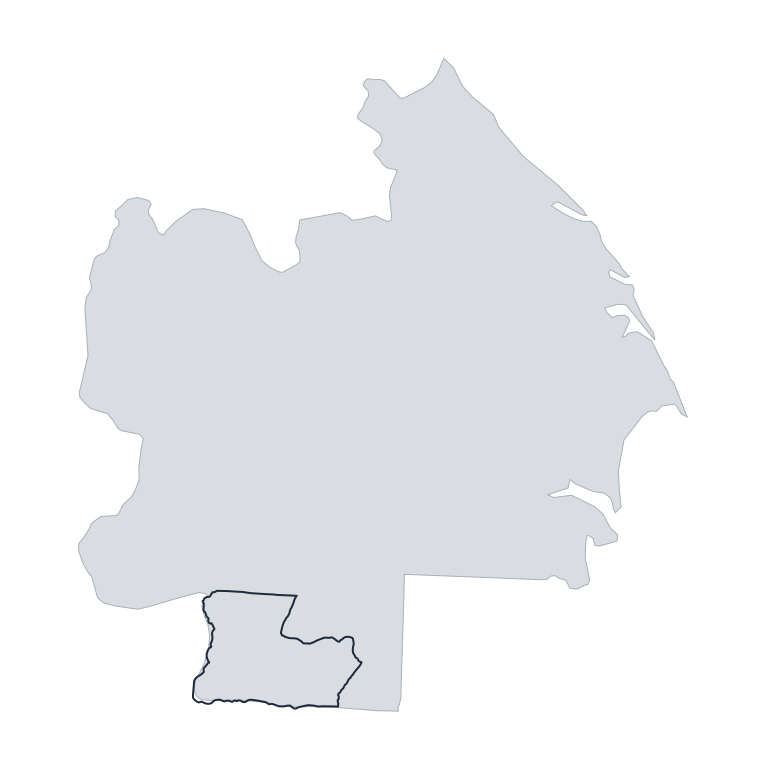 location of Haut-Ntem, Wouleu-Ntem, Gabon, rotated 182°
{"feature_id": "22940354B67631152101375", "entity_name": "Haut-Ntem", "entity_type": "district", "adm_level": 2, "iso_a3": "GAB", "parent_name": "Gabon", "parent_adm1": "Wouleu-Ntem", "projection": "orthographic", "projection_center": [12.589, 1.764], "detail": "fine", "context": "in_parent", "style": "outline", "palette": "slate", "viewbox_px": 768, "rotation_deg": 182, "n_neighbors": 0, "source": "geoboundaries", "source_scale": "gbopen_adm2", "svg_char_len": 7652}
<svg xmlns="http://www.w3.org/2000/svg" viewBox="0 0 768 768"><g transform="rotate(182 384 384)"><path d="M563.1,72.1L562.6,79.5L554.3,97.5L550.3,111.4L549.4,126.2L551.7,138.1L555.7,146.6L558.3,155.9L556.3,162.3L552.3,165.1L555.0,168.3L561.1,169.1L571.4,166.3L587.4,161.3L608.2,154.2L621.9,150.3L644.5,152.7L656.6,155.4L662.8,160.4L669.5,181.7L672.8,184.9L678.3,193.9L682.8,204.8L683.8,210.3L683.3,214.3L678.7,220.1L673.6,228.8L671.7,234.0L667.4,237.9L661.9,241.7L646.8,243.3L644.5,245.5L640.3,254.7L632.3,262.5L628.7,269.9L625.4,279.7L626.1,291.9L624.5,309.4L622.8,321.2L626.9,325.3L644.9,328.2L648.4,330.6L653.2,337.9L659.4,344.8L675.9,349.1L682.3,354.4L687.5,360.1L688.2,364.9L684.4,383.9L680.8,402.1L682.2,416.0L683.6,429.2L685.5,448.5L684.6,460.3L680.0,467.5L680.0,473.1L682.1,479.9L677.9,498.7L675.3,501.9L667.9,505.4L664.0,510.4L662.7,518.3L658.7,529.2L654.6,533.1L654.6,538.2L658.6,541.9L658.5,547.5L651.1,554.2L646.7,559.3L636.8,561.8L625.6,559.2L622.9,555.5L625.6,549.7L624.7,545.0L620.8,540.1L614.8,527.5L609.5,524.9L606.5,530.0L597.3,539.6L581.1,551.9L569.8,552.9L548.9,549.1L531.4,543.3L523.1,528.9L517.9,517.0L510.5,503.2L502.1,496.6L493.1,492.4L489.1,492.1L476.3,499.8L472.4,502.9L472.4,509.3L473.6,515.3L475.6,518.2L477.3,522.1L477.0,528.1L474.7,536.2L473.9,545.0L433.7,553.7L426.7,550.6L421.7,546.6L415.6,547.3L398.2,551.8L391.7,548.6L385.4,546.3L382.5,548.2L382.2,552.0L385.2,572.9L384.3,580.8L380.3,591.2L378.3,598.2L389.0,600.2L392.8,603.5L396.6,608.7L401.7,613.6L402.1,616.6L396.2,622.0L394.2,628.7L397.0,634.0L404.3,639.4L414.9,645.1L420.0,648.8L419.5,652.2L414.7,659.5L412.8,665.6L409.4,671.2L410.1,676.3L414.9,681.0L414.4,685.3L411.1,688.5L404.5,687.8L399.0,688.3L394.0,687.0L378.3,670.5L374.9,670.0L352.2,682.7L346.5,687.9L341.8,695.3L335.6,711.5L325.3,702.1L316.3,684.8L305.9,674.2L284.0,657.1L278.2,644.5L253.1,616.6L217.2,588.8L191.2,564.6L187.2,559.3L191.6,559.9L216.7,572.0L220.1,570.6L223.0,568.0L212.2,561.6L201.8,556.6L192.1,553.5L182.4,553.8L177.0,548.7L173.4,540.9L171.6,534.3L167.3,527.3L153.5,513.0L150.2,507.4L142.6,499.8L147.2,498.9L162.0,506.1L163.3,503.2L162.0,499.0L147.2,492.1L139.1,491.6L137.2,486.8L138.3,481.2L127.7,460.3L116.7,444.7L114.9,437.3L144.7,471.3L148.6,471.9L153.9,471.6L166.2,467.8L163.8,463.3L158.3,458.4L152.9,460.6L145.9,461.1L142.2,459.0L140.6,455.5L147.6,439.0L144.5,439.9L142.3,442.8L138.5,444.2L132.5,445.1L117.9,436.2L105.0,412.3L101.5,407.4L98.1,399.1L94.7,395.6L79.8,361.7L85.5,364.2L92.2,374.0L105.4,372.0L110.5,366.3L115.0,366.5L119.6,365.2L125.4,359.9L142.2,336.5L146.7,305.7L145.2,287.3L142.8,269.2L148.3,263.4L150.5,267.2L151.6,273.7L154.2,278.4L160.2,282.7L171.4,283.9L188.7,290.7L194.8,295.0L196.5,286.4L216.4,279.1L210.4,276.5L192.7,279.3L168.5,268.4L160.5,261.5L153.0,248.3L145.2,241.4L145.7,235.2L163.1,229.5L167.7,230.2L169.6,237.0L174.2,239.8L176.0,238.9L176.8,233.1L176.9,217.5L171.6,195.2L173.2,190.9L178.0,189.3L182.2,186.4L185.2,185.8L191.1,186.4L194.0,191.6L195.6,194.4L201.6,195.7L206.4,198.5L210.6,197.8L214.1,194.6L219.3,193.9L235.1,194.0L249.5,194.0L278.1,194.2L306.7,194.3L335.3,194.4L356.9,194.5L356.8,181.7L356.7,162.0L356.6,138.8L356.5,116.5L356.4,95.8L356.2,71.4L357.4,64.4L358.8,61.5L358.3,57.5L380.5,57.3L420.6,59.1L438.1,58.8L443.1,59.2L465.0,57.9L482.7,59.5L490.2,61.2L497.0,62.1L518.2,63.1L546.0,61.8L555.4,62.1L560.6,65.5L563.1,72.1Z" fill="#d9dde1" stroke="#a8b0b8" stroke-width="1"/><path d="M396.8,105.0L397.1,105.2L397.8,105.5L398.8,105.8L399.4,106.2L400.0,106.9L400.3,107.6L400.4,108.0L401.1,108.8L401.7,109.1L402.8,109.7L403.4,110.8L403.9,111.8L404.5,112.7L405.1,113.5L405.6,114.8L405.9,116.3L405.9,117.9L405.9,119.3L405.7,120.7L405.4,121.8L405.2,123.1L405.3,124.2L405.6,126.0L406.0,127.4L406.3,128.5L406.7,129.0L407.8,129.5L408.6,129.7L410.2,130.1L411.6,130.1L413.6,129.8L415.1,129.1L416.0,128.3L416.8,127.4L418.2,126.6L418.8,126.1L419.2,125.4L419.6,125.0L420.1,124.9L421.2,125.1L422.1,125.8L423.4,126.6L424.5,127.5L425.7,128.2L426.5,128.7L427.2,128.9L428.2,128.9L429.3,128.5L431.1,128.4L434.0,128.5L436.1,128.0L437.2,127.3L438.7,126.8L440.6,126.0L442.5,125.1L444.5,123.9L445.8,123.3L447.0,122.7L448.6,122.1L449.6,121.9L450.4,122.0L451.5,122.1L452.5,122.0L454.4,122.0L455.6,122.1L456.4,122.7L457.2,123.7L458.8,124.6L460.4,125.6L461.6,126.3L463.5,126.6L465.7,126.7L468.2,126.7L470.3,126.8L471.3,127.2L472.7,127.5L474.3,127.9L474.9,128.6L475.5,128.9L476.3,129.0L477.0,129.1L477.7,130.3L478.3,131.8L478.0,133.8L477.5,136.2L477.0,138.5L476.6,140.2L475.7,142.5L474.3,145.2L473.2,147.2L472.2,148.2L471.5,149.4L471.2,150.2L470.5,151.8L470.3,153.2L469.8,154.7L469.4,156.2L468.5,157.5L467.9,159.1L467.2,161.1L466.5,163.4L465.9,165.6L464.1,169.2L470.0,169.4L477.1,169.4L483.8,169.5L486.8,169.8L494.7,169.9L509.9,170.3L514.2,170.8L518.5,171.3L524.1,171.3L533.0,171.6L541.8,171.5L543.9,171.5L544.8,170.8L546.0,170.1L548.1,169.8L548.1,169.7L548.7,168.9L549.3,168.1L549.7,167.3L550.0,166.4L550.5,165.7L551.2,165.3L552.3,165.1L553.4,164.9L554.7,164.4L555.4,164.1L556.0,163.4L556.4,162.4L556.7,161.7L557.6,160.9L557.5,160.1L557.2,159.7L556.5,158.6L556.4,157.5L556.4,155.4L556.5,153.7L556.5,151.8L556.0,150.6L555.1,150.0L554.6,149.2L554.1,148.1L553.6,146.6L553.2,145.4L552.7,144.9L551.8,144.3L551.1,143.5L551.3,142.4L551.4,141.2L551.2,140.3L550.7,139.4L549.8,138.7L549.1,138.5L548.5,138.9L547.9,138.7L547.6,138.2L547.2,137.6L546.7,136.8L546.2,135.8L545.7,134.8L545.2,133.8L545.0,133.3L545.3,132.6L545.8,132.1L546.5,131.2L546.9,130.2L547.1,129.4L547.1,128.6L547.0,127.4L546.8,126.7L546.7,125.7L546.6,124.7L546.6,123.8L546.7,122.7L546.9,121.6L547.3,120.4L547.6,119.8L547.9,119.3L548.0,118.7L548.1,118.1L548.1,117.2L547.9,116.3L547.5,115.6L547.8,114.9L549.0,114.3L549.8,113.4L550.6,112.0L551.2,110.3L551.6,109.0L551.8,107.2L551.8,105.8L551.5,104.8L551.1,103.3L550.5,102.1L549.9,100.8L549.1,100.0L549.1,99.4L549.9,99.2L550.4,98.6L551.4,97.2L552.7,95.4L553.6,94.5L554.1,93.7L554.4,92.8L554.4,92.1L554.2,91.1L554.0,90.3L554.1,89.8L554.6,89.3L555.6,88.3L556.7,87.3L558.1,86.3L559.6,85.4L560.7,84.6L562.1,83.1L563.1,81.3L563.4,79.7L563.6,75.6L563.9,69.4L564.0,67.3L564.0,64.6L563.7,63.5L563.3,62.9L562.5,62.1L561.4,61.0L559.7,60.0L558.7,59.5L558.0,59.3L556.8,59.7L556.0,60.0L555.2,60.1L554.0,59.7L553.3,59.4L552.1,58.8L550.5,58.4L548.9,58.2L547.1,58.4L545.5,58.9L544.3,60.0L543.3,61.2L541.7,62.1L539.5,62.6L537.9,62.8L536.4,62.6L535.2,62.1L533.9,61.6L532.8,61.3L532.1,61.3L530.5,61.9L529.2,62.0L527.9,62.0L526.7,61.6L525.6,61.2L524.8,61.1L524.2,61.3L523.7,61.7L523.1,62.1L522.3,62.5L521.3,62.4L520.6,62.0L519.7,61.9L519.3,62.3L518.5,62.8L516.8,62.6L516.0,62.4L514.9,61.7L513.7,61.3L512.4,61.2L511.5,61.4L510.8,61.8L510.0,62.3L509.0,63.1L507.9,63.6L506.7,63.7L505.3,63.8L503.5,63.6L500.6,63.3L498.5,63.0L496.1,62.7L494.4,62.4L492.8,62.2L491.4,61.9L490.0,61.5L488.9,60.6L488.0,60.0L487.3,59.9L486.7,60.2L485.9,60.4L484.6,60.3L483.4,60.1L481.9,59.6L480.1,59.0L478.1,58.3L476.6,58.2L474.1,58.2L472.8,58.3L471.6,58.6L470.4,59.0L468.9,59.2L467.2,59.4L465.9,58.9L465.0,58.3L464.2,57.6L463.2,56.9L462.0,56.5L460.6,56.6L459.6,57.2L458.0,58.0L456.2,58.5L454.7,58.9L451.8,59.6L450.1,60.1L447.7,60.4L444.0,60.2L441.1,59.9L439.2,59.4L437.3,59.5L434.0,59.8L423.7,60.0L418.7,60.1L418.5,62.7L418.9,64.3L419.2,65.3L419.2,66.5L418.5,67.4L418.2,68.2L418.3,69.7L418.5,70.7L419.0,71.4L419.0,72.1L418.4,73.1L417.7,73.8L417.0,74.4L416.4,75.7L415.8,76.8L414.6,78.0L413.9,78.9L413.2,80.5L412.6,81.9L411.3,82.9L410.5,84.1L410.0,85.4L409.3,86.7L408.9,87.8L408.2,88.4L407.3,89.1L407.0,89.8L406.5,90.8L405.6,91.8L404.8,92.6L404.4,93.5L403.7,94.7L402.3,96.5L401.2,98.0L399.2,100.4L398.4,101.7L397.8,102.6L397.2,103.9L396.8,105.0L396.8,105.0Z" fill="none" stroke="#1e293b" stroke-width="2"/></g></svg>